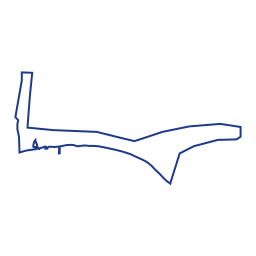 Vieux Fort/Laborie Highway, Vieux Fort, Saint Lucia
{"feature_id": "8701671B74160923345613", "entity_name": "Vieux Fort/Laborie Highway", "entity_type": "district", "adm_level": 2, "iso_a3": "LCA", "parent_name": "Saint Lucia", "parent_adm1": "Vieux Fort", "projection": "orthographic", "projection_center": [-60.966, 13.732], "detail": "fine", "context": "isolated", "style": "outline", "palette": "blue", "viewbox_px": 256, "rotation_deg": 0, "n_neighbors": 0, "source": "geoboundaries", "source_scale": "gbopen_adm2", "svg_char_len": 2236}
<svg xmlns="http://www.w3.org/2000/svg" viewBox="0 0 256 256"><path d="M15.4,117.2L18.2,120.2L17.4,124.0L17.4,129.3L19.0,136.8L19.5,152.5L20.1,152.3L21.6,151.9L22.8,151.5L23.1,151.4L24.1,151.1L25.2,150.8L26.3,150.6L26.5,150.5L27.2,150.4L27.7,150.3L28.4,150.2L28.9,150.1L29.3,150.1L29.7,150.0L30.2,149.9L31.0,149.9L32.0,149.7L32.5,149.7L33.8,149.4L34.3,149.4L35.6,149.3L35.8,149.2L36.3,149.0L36.6,148.9L37.0,148.6L37.6,148.2L37.7,147.9L37.0,147.8L36.6,147.9L36.2,147.9L36.2,147.6L36.2,147.4L36.3,147.1L36.1,146.9L34.0,147.2L33.6,147.0L33.3,146.6L33.3,145.9L33.4,145.2L33.5,144.4L33.7,143.7L33.8,143.1L34.0,142.6L34.5,141.2L34.8,140.8L35.3,140.2L35.3,140.4L36.1,142.5L36.2,143.0L36.6,143.8L36.9,144.3L37.1,145.0L37.1,146.3L37.0,146.7L37.2,146.9L37.7,147.2L37.9,147.8L38.2,148.5L38.7,148.9L39.3,149.0L39.8,148.5L40.0,148.1L40.5,147.8L41.7,147.8L44.4,146.7L45.1,146.6L45.5,146.6L46.3,147.2L46.6,147.6L46.7,147.8L46.4,148.1L46.2,148.1L45.7,148.2L45.3,148.3L45.2,148.6L45.3,148.7L46.2,148.6L47.1,148.6L47.4,148.6L47.5,147.6L48.1,147.1L48.6,146.8L48.9,146.8L49.5,146.7L50.7,146.8L51.8,146.8L52.9,146.9L54.1,147.0L56.3,146.8L58.9,146.6L59.2,146.7L59.1,148.5L59.0,151.4L58.9,153.2L58.9,153.4L59.7,153.3L59.7,150.7L59.7,148.1L59.8,146.5L61.0,146.1L62.3,146.0L64.4,145.5L66.5,145.1L67.9,145.0L70.4,144.9L71.5,144.9L72.8,145.0L73.8,145.1L75.2,145.6L76.9,146.2L78.5,146.2L80.4,145.9L81.8,145.8L83.7,145.5L84.7,145.5L85.8,145.5L87.9,145.8L88.9,146.0L90.1,145.9L92.8,145.9L96.3,146.1L99.3,146.4L100.2,146.6L104.2,147.4L107.8,148.1L112.3,149.1L114.5,149.6L116.7,150.1L121.9,151.4L122.2,151.5L122.5,151.6L125.1,152.4L127.9,153.3L131.0,154.4L134.7,156.2L139.2,158.2L141.4,159.2L143.7,160.3L145.6,161.3L147.4,162.4L149.6,164.2L151.4,165.6L153.7,168.1L156.3,170.7L159.1,173.3L161.3,175.6L163.3,177.8L164.4,178.8L165.7,180.1L166.4,180.8L167.0,181.2L167.8,181.9L168.6,182.5L169.6,183.0L170.2,183.6L179.7,153.4L194.1,146.1L217.9,139.9L236.4,139.4L240.6,136.7L240.6,127.4L240.6,127.0L233.0,125.8L220.3,123.9L189.3,126.4L162.4,131.9L139.2,139.6L134.4,141.1L122.6,138.3L96.7,131.9L67.7,130.7L53.1,130.1L27.5,127.6L27.9,121.9L29.9,95.7L31.5,79.9L32.2,72.8L21.8,72.4L21.8,72.6L21.8,80.5L16.6,110.1L15.4,117.2Z" fill="none" stroke="#1e3a8a" stroke-width="2"/></svg>